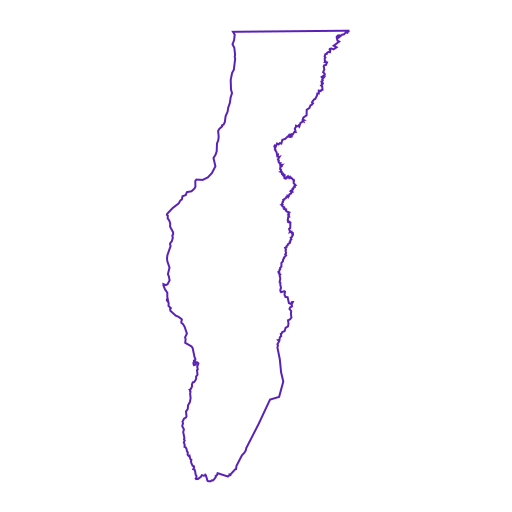 Lago, Niassa, Mozambique (Natural Earth projection)
{"feature_id": "85939544B52795804394919", "entity_name": "Lago", "entity_type": "district", "adm_level": 2, "iso_a3": "MOZ", "parent_name": "Mozambique", "parent_adm1": "Niassa", "projection": "natural_earth1", "projection_center": [35.042, -12.338], "detail": "fine", "context": "isolated", "style": "outline", "palette": "violet", "viewbox_px": 512, "rotation_deg": 0, "n_neighbors": 0, "source": "geoboundaries", "source_scale": "gbopen_adm2", "svg_char_len": 6051}
<svg xmlns="http://www.w3.org/2000/svg" viewBox="0 0 512 512"><path d="M236.5,465.8L242.0,455.2L244.4,452.7L245.8,450.3L246.3,448.0L258.7,423.8L270.0,399.6L279.1,396.9L283.3,381.5L281.1,372.4L279.8,359.3L277.4,347.4L278.0,345.3L277.4,344.3L279.2,341.2L278.1,340.1L279.5,339.8L279.9,337.2L281.2,336.2L280.8,333.9L281.6,333.6L282.2,332.1L284.6,331.1L285.6,327.8L288.0,326.4L288.5,323.5L288.0,320.3L290.0,319.4L291.4,317.6L290.9,313.7L291.2,311.2L289.5,308.9L290.1,307.4L292.0,306.4L291.6,304.5L292.8,302.0L292.0,302.0L290.7,303.9L288.9,303.1L287.6,297.2L285.5,297.0L284.5,294.7L285.0,291.7L284.2,291.2L281.1,292.2L280.6,291.7L280.3,289.7L281.0,288.0L280.2,284.1L280.4,282.9L279.6,282.1L280.3,278.6L279.6,275.4L280.3,274.4L278.9,273.5L278.5,272.2L279.0,272.0L278.7,271.7L279.2,271.4L279.6,269.5L280.2,269.3L280.1,267.9L281.4,266.6L281.4,263.0L283.0,261.1L283.0,259.7L284.0,258.3L283.9,257.6L286.1,255.4L285.2,254.3L286.1,253.1L285.5,250.7L286.0,249.7L285.1,247.8L286.5,247.3L286.4,246.4L287.8,245.1L287.8,244.3L290.0,242.8L289.7,241.9L290.3,241.4L290.3,240.3L291.4,239.4L290.7,237.7L292.1,236.7L292.4,234.9L293.0,234.8L292.9,233.6L292.3,233.4L292.6,232.9L291.5,232.4L291.5,231.8L289.9,232.2L290.4,231.3L289.7,230.8L289.1,228.8L290.2,228.1L290.4,222.4L289.9,222.1L289.7,222.7L288.0,221.9L288.4,221.0L287.7,220.4L288.2,217.2L289.1,216.8L288.5,216.1L288.9,215.1L288.3,214.8L289.0,214.2L288.4,213.1L289.2,212.4L286.8,211.5L286.0,210.7L286.1,209.4L284.7,209.4L283.9,208.8L284.6,208.2L284.2,207.2L282.7,206.6L282.0,205.6L282.5,204.9L281.6,204.6L282.2,204.2L282.2,203.1L282.9,202.3L282.7,201.8L283.6,200.5L283.2,199.9L286.4,197.7L286.3,197.0L287.3,196.2L287.8,196.6L287.7,195.7L288.8,196.1L289.4,194.3L291.1,193.5L291.2,192.3L291.8,192.1L291.0,191.6L291.9,191.2L291.1,190.6L292.9,189.5L292.6,188.8L293.5,188.3L293.4,187.6L294.3,186.6L294.8,186.7L294.6,185.7L295.6,185.2L293.7,183.2L293.6,181.5L294.1,180.9L293.7,179.7L293.0,179.7L291.3,177.7L290.6,178.0L290.0,176.9L289.1,178.0L288.0,176.2L287.0,176.9L286.8,177.9L285.6,177.7L285.6,178.6L285.1,178.5L284.3,178.0L284.6,176.9L283.6,175.6L284.6,175.0L284.0,174.4L284.3,174.0L283.0,174.9L282.8,173.6L282.0,173.9L281.7,172.5L280.6,171.9L281.5,171.6L280.9,170.9L281.1,169.8L280.1,169.1L280.5,166.3L281.1,166.6L281.9,166.0L281.6,165.3L282.0,164.9L280.3,165.1L280.5,163.2L279.6,163.4L278.5,161.7L278.8,160.5L277.9,159.6L279.4,157.0L278.5,157.4L277.8,156.2L277.9,155.2L277.2,155.8L276.6,152.3L275.2,150.1L275.4,149.6L274.8,148.9L275.2,148.0L274.3,146.4L274.8,145.6L275.7,146.8L277.1,143.5L278.6,144.4L279.8,143.1L281.3,143.6L282.4,139.8L285.2,138.9L287.7,136.5L289.4,136.8L288.6,135.8L289.4,134.6L290.2,134.6L291.1,136.4L291.7,136.4L291.5,135.2L292.1,134.9L292.0,134.3L292.7,134.5L294.4,131.9L295.7,132.0L294.8,128.5L295.9,127.1L296.0,125.7L298.6,126.4L298.8,125.8L299.3,126.5L300.4,123.0L302.6,121.6L302.6,121.0L303.4,121.4L302.9,120.1L303.8,120.0L302.8,119.4L303.4,117.5L306.6,115.3L306.7,109.8L309.5,107.9L310.5,105.3L311.7,104.8L313.0,103.3L312.0,102.5L312.3,101.7L314.2,99.3L315.3,98.9L317.0,95.5L317.3,93.5L318.8,93.5L318.8,90.6L320.7,91.1L321.2,90.1L322.5,89.8L322.2,86.5L321.1,85.5L322.1,84.7L321.8,83.2L322.6,83.9L322.9,83.4L321.8,81.3L322.7,80.5L322.2,79.6L323.7,77.6L322.4,78.0L321.6,77.0L324.8,74.8L324.6,73.7L323.1,72.2L324.3,69.6L323.7,66.2L324.2,65.3L326.0,64.9L327.0,62.4L324.8,62.1L325.4,61.1L324.8,60.5L324.7,58.5L325.4,57.5L324.6,56.4L325.4,54.1L326.8,53.9L327.0,52.9L328.3,52.0L330.0,52.2L330.3,50.3L329.6,49.7L329.8,48.9L331.3,48.5L333.6,49.3L336.6,47.3L333.7,45.7L339.2,41.6L337.5,40.6L336.7,37.6L336.7,36.8L337.9,35.5L338.8,35.4L338.1,36.8L338.7,37.6L342.2,34.6L343.8,34.5L345.9,32.4L347.4,32.8L347.9,31.5L348.6,31.3L348.5,30.7L233.0,31.8L234.7,34.7L234.1,40.1L232.5,44.3L234.3,47.8L235.1,54.7L234.7,56.9L235.2,58.7L233.8,69.8L232.1,72.9L230.7,79.9L231.0,89.5L232.0,93.1L230.6,97.6L229.8,103.1L228.2,107.7L227.6,111.6L225.6,116.2L224.8,122.1L223.7,124.4L222.0,125.4L222.1,126.4L219.4,128.8L218.1,131.0L218.7,136.7L218.2,140.5L217.0,143.4L216.7,151.3L215.5,154.8L213.5,158.0L215.4,166.3L211.9,173.1L207.8,177.4L202.7,179.9L196.3,179.6L195.3,181.0L195.4,186.8L194.3,188.7L191.5,191.3L186.9,192.1L185.7,195.1L182.5,196.2L181.9,199.4L180.3,200.5L178.7,203.4L172.7,208.0L167.2,213.8L166.9,214.9L167.8,215.6L167.7,218.4L169.3,220.6L170.2,223.6L170.1,226.7L173.1,232.3L173.1,234.4L172.3,235.7L172.8,237.6L172.4,239.4L171.6,241.6L170.4,242.9L170.0,244.2L170.6,246.0L167.4,255.2L167.0,258.7L167.4,261.5L169.5,267.6L167.9,274.2L168.8,276.2L169.6,280.3L167.5,284.3L165.7,285.1L163.4,284.1L163.4,285.3L164.9,289.2L167.3,292.7L167.3,296.7L167.9,300.0L167.3,299.5L167.3,298.4L166.8,300.2L168.7,302.9L168.5,305.9L170.8,308.1L170.1,308.8L170.4,310.8L175.8,315.7L178.3,316.7L181.6,319.1L181.9,319.7L181.3,321.6L181.5,323.0L183.1,324.2L184.7,327.0L186.9,333.6L185.1,337.3L185.6,339.3L185.2,342.8L191.5,346.4L192.7,348.2L194.5,357.0L195.4,359.1L195.2,360.1L194.0,360.6L194.4,362.4L193.6,362.4L193.4,363.5L193.9,365.1L195.7,364.6L196.2,362.2L197.4,362.4L198.4,363.4L197.2,366.7L197.8,369.5L197.0,370.2L197.5,374.7L196.1,376.5L196.1,378.7L195.3,380.5L194.0,382.1L192.8,382.3L191.9,384.5L192.1,386.3L190.6,389.4L189.9,389.6L190.3,390.0L189.9,390.9L190.5,391.8L190.1,393.5L190.6,398.1L189.9,402.1L188.1,405.2L187.7,409.1L186.0,411.5L186.5,416.3L186.0,417.4L184.0,418.7L182.5,421.6L183.0,423.3L182.2,426.1L183.9,429.3L183.2,432.2L184.4,437.9L184.0,439.3L184.7,440.5L183.8,442.4L184.7,444.8L184.5,446.9L185.7,447.4L186.6,449.2L186.9,451.2L187.8,452.3L187.6,454.7L188.7,456.0L189.5,455.6L190.3,459.0L191.4,459.9L190.9,461.5L191.3,462.9L192.6,465.8L193.8,466.2L194.1,467.0L193.3,469.2L194.4,469.4L195.1,471.2L195.7,474.9L196.4,475.8L196.5,477.3L195.7,478.6L196.1,479.1L198.0,479.0L200.9,476.8L201.8,475.2L203.8,475.7L205.0,475.5L205.3,474.8L205.9,475.4L207.4,480.6L208.1,481.2L210.6,481.3L211.6,480.4L212.8,480.5L214.1,479.3L215.8,477.0L215.7,475.9L217.0,475.1L217.6,473.2L227.9,476.5L228.4,475.8L230.2,475.2L229.8,474.4L230.5,474.4L235.3,469.2L236.0,469.1L236.5,465.8Z" fill="none" stroke="#5b21b6" stroke-width="2"/></svg>